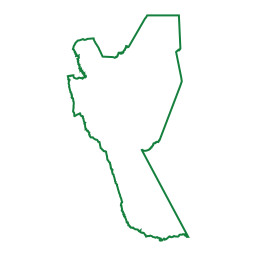 Kitui South, Eastern, Kenya
{"feature_id": "3690345B12410627224170", "entity_name": "Kitui South", "entity_type": "district", "adm_level": 2, "iso_a3": "KEN", "parent_name": "Kenya", "parent_adm1": "Eastern", "projection": "equal_earth", "projection_center": [38.343, -2.253], "detail": "fine", "context": "isolated", "style": "outline", "palette": "green", "viewbox_px": 256, "rotation_deg": 0, "n_neighbors": 0, "source": "geoboundaries", "source_scale": "gbopen_adm2", "svg_char_len": 5618}
<svg xmlns="http://www.w3.org/2000/svg" viewBox="0 0 256 256"><path d="M178.9,15.4L147.2,15.4L145.9,17.6L145.1,18.4L128.8,46.6L128.4,47.0L127.9,47.2L127.7,46.9L127.2,46.8L126.9,46.1L126.2,46.0L125.8,48.0L125.4,48.1L125.1,48.6L125.0,49.7L124.5,50.3L123.8,50.5L123.5,51.6L123.4,52.3L123.1,52.8L122.9,52.8L122.4,52.4L122.1,52.6L122.0,52.9L121.9,52.8L121.8,53.1L121.6,53.1L121.1,53.7L120.9,53.7L120.7,53.1L120.3,52.8L119.9,53.0L119.8,52.7L119.3,52.9L118.9,52.7L118.4,53.1L118.2,54.3L117.9,54.9L117.5,55.2L117.4,55.6L117.6,55.9L117.5,56.1L116.6,57.1L116.3,57.1L116.0,56.9L115.7,57.0L115.5,57.5L114.8,57.8L113.0,57.1L102.6,56.6L100.4,51.8L100.2,51.3L99.4,49.8L98.8,48.2L96.3,44.1L95.8,43.7L95.5,42.8L94.5,41.2L93.8,39.4L93.6,38.4L87.3,38.9L86.3,39.5L84.6,39.9L84.2,39.9L83.3,39.2L83.0,39.1L79.6,40.3L77.7,40.6L76.0,42.5L75.7,42.6L75.2,43.4L75.1,44.0L74.8,44.2L74.2,45.6L73.9,45.8L73.7,46.2L73.5,47.4L72.9,49.1L73.7,49.5L73.7,50.0L74.2,50.3L74.5,51.0L74.6,51.7L74.9,51.6L75.2,51.9L75.4,52.4L75.2,53.0L75.4,53.4L75.4,54.0L75.7,54.2L76.1,53.9L76.4,54.3L76.4,54.7L76.5,55.0L76.2,55.4L76.1,56.0L76.8,55.8L77.2,55.6L77.5,55.6L77.6,56.0L77.8,56.0L78.6,55.6L78.5,56.1L78.9,57.1L78.7,58.1L78.3,58.6L77.5,58.6L77.4,58.7L77.5,58.9L77.7,59.0L77.6,59.6L78.0,59.8L78.0,60.2L78.2,60.3L78.4,60.7L77.9,61.6L78.1,61.8L78.0,62.2L78.2,62.4L78.4,63.4L78.6,63.5L78.6,64.0L78.4,64.2L78.7,64.6L79.2,64.7L79.0,65.0L79.3,66.0L79.6,66.5L79.5,66.8L79.5,67.0L79.8,66.9L79.8,67.4L79.5,68.1L79.9,68.1L80.0,68.4L79.8,68.9L80.2,69.6L80.2,70.1L80.8,70.1L80.7,70.7L81.0,70.5L81.3,69.8L81.5,70.7L81.9,71.3L82.1,71.2L82.0,71.8L82.3,72.5L82.9,72.4L82.7,73.4L82.9,73.7L83.2,73.7L83.1,73.3L83.5,73.8L83.8,73.6L83.7,74.0L83.9,74.2L84.3,74.1L84.1,75.1L84.4,75.4L84.6,75.8L84.9,75.5L85.2,76.1L85.8,75.9L85.9,76.3L85.9,76.8L85.3,77.4L84.0,77.4L83.5,77.6L83.3,77.9L83.0,77.7L82.4,78.6L81.1,77.9L80.3,78.1L79.3,77.6L78.4,77.8L78.2,78.2L77.5,78.6L76.9,78.7L75.5,78.4L74.0,77.7L73.3,76.1L73.4,75.3L71.8,75.4L70.9,75.9L70.5,75.7L70.0,76.1L69.1,75.8L67.8,76.2L68.3,78.2L68.2,79.5L68.4,79.7L69.2,79.5L69.5,79.6L69.5,80.5L68.9,81.0L68.9,81.5L68.7,82.0L68.9,82.8L68.6,83.7L69.1,84.8L69.3,85.8L69.0,86.8L69.3,87.3L70.2,91.0L70.7,91.8L70.5,92.4L71.4,93.3L71.3,94.1L71.8,94.6L71.6,95.7L72.0,96.0L71.9,97.1L71.6,97.6L72.1,98.2L72.7,98.0L72.9,98.2L73.3,99.9L73.2,101.0L73.7,101.9L73.8,103.9L73.5,106.1L73.7,107.1L73.4,108.0L73.5,108.6L73.3,109.6L73.1,111.4L73.6,112.1L73.6,112.4L74.1,112.8L74.3,114.5L74.3,115.9L74.5,116.1L74.8,116.1L75.2,115.6L76.0,115.4L76.9,114.7L78.8,114.0L80.0,113.3L80.2,113.5L80.4,114.7L80.7,115.4L81.6,116.1L82.3,116.0L82.8,116.3L83.1,116.9L82.8,117.9L83.5,118.9L83.6,120.0L84.0,121.6L84.3,122.1L85.1,122.7L84.5,123.2L84.3,123.6L84.4,123.8L84.8,123.9L84.9,124.1L85.3,127.8L85.7,128.3L85.6,129.2L86.2,129.0L86.4,129.2L86.8,130.6L87.2,130.8L87.9,130.8L88.3,132.0L89.3,132.5L89.1,134.6L89.7,134.9L89.9,136.4L91.0,137.5L91.9,137.3L92.9,137.4L93.5,138.3L95.3,139.4L95.7,139.7L96.7,139.7L97.2,140.0L98.0,141.2L98.2,141.8L99.5,142.1L100.7,148.2L101.6,148.6L102.1,149.6L102.9,150.0L103.2,150.6L103.7,151.1L104.5,151.1L104.9,151.4L105.5,151.3L106.0,151.6L106.6,155.0L106.9,155.5L107.4,159.7L107.6,160.0L108.3,160.4L108.5,161.3L108.9,161.9L109.8,162.4L110.0,162.7L109.9,163.8L110.4,164.3L110.4,165.4L110.8,166.2L110.6,167.0L111.0,167.8L110.9,168.7L111.1,168.9L111.9,169.1L112.5,169.8L112.5,170.1L111.9,170.8L112.2,171.7L112.6,173.9L113.5,174.5L113.7,175.8L114.1,176.7L115.0,180.2L115.0,181.1L115.6,181.8L115.5,182.4L115.5,182.9L117.1,184.7L117.0,185.6L117.4,186.6L118.1,189.5L118.5,190.6L119.3,193.5L119.9,194.6L120.3,196.7L121.0,198.0L121.5,199.8L121.6,200.6L122.2,201.8L122.1,202.4L121.3,203.0L121.1,204.3L120.8,205.2L120.9,205.6L121.5,205.9L121.6,206.3L121.6,207.4L122.0,208.7L122.1,209.3L121.7,210.4L122.2,211.2L122.9,211.4L122.9,211.6L122.8,212.4L123.6,213.1L123.3,214.5L123.5,214.6L124.2,214.5L124.5,214.8L124.5,215.2L124.1,215.8L124.1,216.4L125.2,216.9L125.1,217.7L125.7,218.6L126.5,221.0L126.7,222.4L126.8,222.5L127.7,222.3L127.9,222.5L127.9,223.4L128.5,224.3L128.3,224.8L128.3,225.1L128.9,225.1L129.6,226.5L130.0,226.3L130.2,226.5L130.8,227.6L131.8,227.6L132.3,227.9L133.0,227.6L133.6,228.4L134.3,228.5L135.2,229.3L137.7,229.5L138.8,231.1L139.6,231.0L140.3,230.5L140.0,231.8L140.3,232.1L140.8,232.2L141.2,232.6L142.0,232.6L142.4,232.9L143.0,232.7L143.8,233.0L144.6,234.0L144.9,234.7L145.7,235.2L145.9,236.2L146.1,236.6L147.8,236.0L149.1,236.1L150.3,235.6L152.1,236.3L153.0,237.0L154.2,237.2L155.5,237.7L156.6,237.2L157.3,237.2L157.7,237.8L158.8,237.8L159.7,238.3L160.8,238.5L160.9,238.9L160.7,239.4L160.6,239.5L160.1,239.2L159.7,239.5L159.8,240.4L160.3,240.6L161.9,240.5L162.6,239.6L163.6,239.4L164.1,238.6L164.6,238.9L164.8,239.6L166.3,239.1L169.4,236.4L170.0,236.5L170.4,237.0L171.4,237.2L172.0,237.1L172.8,236.7L173.4,236.7L174.0,236.0L175.5,236.5L178.0,236.6L178.9,235.9L179.3,235.0L179.6,234.8L180.4,234.6L181.9,234.7L182.3,234.6L183.0,234.1L184.2,234.7L185.1,234.1L185.0,235.0L185.1,235.5L185.9,235.8L186.8,236.9L188.2,236.9L141.8,150.0L142.1,149.8L142.6,150.0L142.9,150.6L143.3,150.5L143.9,150.8L145.7,150.8L148.1,150.1L148.6,149.7L149.2,149.6L150.1,148.9L150.0,148.5L151.3,147.7L151.2,147.2L151.5,146.9L152.0,146.7L152.1,146.2L152.4,146.1L153.1,145.3L153.1,144.4L153.6,143.4L154.3,143.5L154.7,143.2L155.0,143.2L155.1,142.9L155.5,143.0L156.0,142.1L156.5,142.1L156.9,141.8L158.2,142.1L158.7,141.5L158.9,140.4L159.6,140.1L180.4,85.5L181.8,81.3L181.2,77.4L176.1,52.0L176.7,51.2L177.1,51.1L177.6,50.6L178.2,50.5L178.4,50.0L179.1,50.2L179.3,49.6L179.5,49.7L179.9,49.5L180.1,48.9L180.4,48.6L178.9,15.4Z" fill="none" stroke="#15803d" stroke-width="2"/></svg>